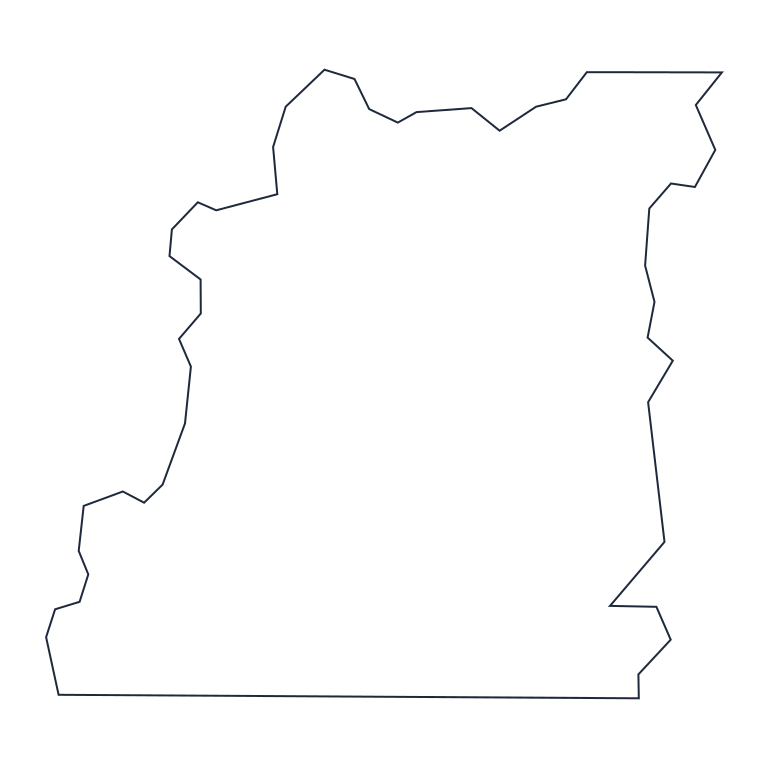 Lake, Colorado, United States of America (Mercator projection)
{"feature_id": "52423323B1208746636879", "entity_name": "Lake", "entity_type": "district", "adm_level": 2, "iso_a3": "USA", "parent_name": "United States of America", "parent_adm1": "Colorado", "projection": "mercator", "projection_center": [-106.349, 39.219], "detail": "fine", "context": "isolated", "style": "outline", "palette": "slate", "viewbox_px": 768, "rotation_deg": 0, "n_neighbors": 0, "source": "geoboundaries", "source_scale": "gbopen_adm2", "svg_char_len": 725}
<svg xmlns="http://www.w3.org/2000/svg" viewBox="0 0 768 768"><path d="M615.2,72.2L586.8,72.2L566.0,99.3L536.1,106.7L499.6,130.7L471.5,108.1L416.5,112.1L397.8,122.6L369.2,109.1L354.5,79.0L324.5,69.7L285.7,106.7L273.1,147.0L277.3,194.2L216.2,210.3L197.8,202.3L171.9,229.4L169.5,256.1L200.6,279.5L200.8,313.5L179.0,338.9L190.9,366.6L185.0,423.4L162.6,484.6L144.1,502.7L122.8,491.5L83.7,505.9L78.7,550.9L88.3,574.4L79.6,601.8L55.1,609.3L46.1,637.2L58.6,694.8L638.8,698.3L638.4,674.4L670.7,639.7L656.4,606.8L610.0,605.9L664.5,541.9L648.1,402.2L672.8,360.7L647.6,337.6L654.5,301.9L645.1,265.6L649.3,208.5L671.0,183.5L694.9,187.0L715.3,149.9L695.8,105.0L721.9,72.4L615.2,72.2Z" fill="none" stroke="#1e293b" stroke-width="2"/></svg>